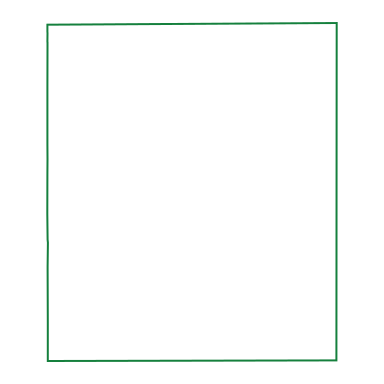 the district of Greeley, Kansas, United States of America
{"feature_id": "52423323B71873667650534", "entity_name": "Greeley", "entity_type": "district", "adm_level": 2, "iso_a3": "USA", "parent_name": "United States of America", "parent_adm1": "Kansas", "projection": "mercator", "projection_center": [-102.007, 38.481], "detail": "fine", "context": "isolated", "style": "outline", "palette": "green", "viewbox_px": 384, "rotation_deg": 0, "n_neighbors": 0, "source": "geoboundaries", "source_scale": "gbopen_adm2", "svg_char_len": 372}
<svg xmlns="http://www.w3.org/2000/svg" viewBox="0 0 384 384"><path d="M47.4,88.5L47.4,114.5L47.4,132.2L47.4,143.7L47.5,159.2L47.4,173.3L47.3,213.4L47.6,239.7L47.9,242.7L47.6,266.9L47.8,322.5L47.8,356.0L47.8,361.0L336.4,360.4L336.7,23.0L47.4,24.7L47.4,31.7L47.5,33.1L47.4,42.0L47.5,42.2L47.5,46.3L47.4,88.4L47.4,88.5Z" fill="none" stroke="#15803d" stroke-width="2"/></svg>